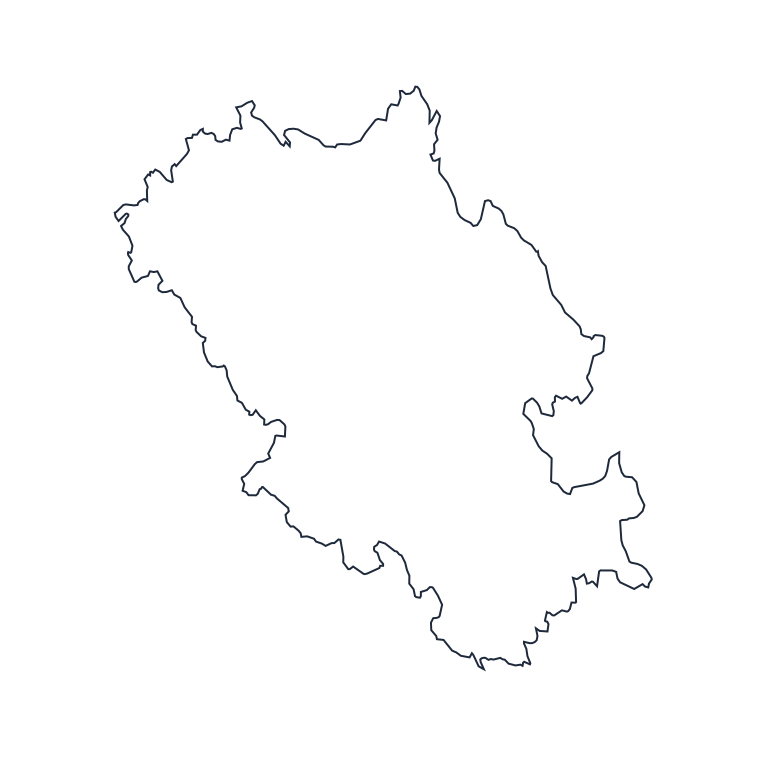 SVG path tracing the border of Nordrhein-Westfalen, rotated 80°
{"feature_id": "DEU-1572", "entity_name": "Nordrhein-Westfalen", "entity_type": "State", "adm_level": 1, "iso_a3": "DEU", "parent_name": "Germany", "parent_adm1": "", "projection": "natural_earth1", "projection_center": [7.941, 51.424], "detail": "fine", "context": "isolated", "style": "outline", "palette": "slate", "viewbox_px": 768, "rotation_deg": 80, "n_neighbors": 0, "source": "natural_earth", "source_scale": "10m", "svg_char_len": 6151}
<svg xmlns="http://www.w3.org/2000/svg" viewBox="0 0 768 768"><g transform="rotate(80 384 384)"><path d="M237.6,237.0L247.4,236.2L249.5,234.7L253.2,228.7L256.5,226.1L263.6,223.6L266.9,221.3L272.7,214.6L280.1,211.1L280.5,210.0L280.1,209.4L284.5,209.5L291.4,207.2L295.9,204.3L318.8,203.5L325.7,202.3L336.9,195.7L345.0,193.3L353.4,186.4L361.1,181.4L364.4,180.7L369.1,181.0L371.5,178.7L373.9,172.8L375.9,171.7L374.5,169.7L373.2,169.2L372.5,167.3L374.5,160.5L375.7,159.2L377.0,158.9L389.7,162.3L391.2,164.9L393.0,172.9L409.0,180.2L411.4,182.4L413.6,183.0L424.5,179.6L426.3,179.9L432.3,186.2L437.0,192.6L437.5,193.7L436.9,194.2L430.2,195.7L430.8,198.2L433.0,201.8L428.0,206.8L429.5,211.1L425.4,216.6L426.6,218.0L431.0,218.7L431.7,221.0L433.2,221.9L440.4,221.5L444.2,222.7L444.8,224.0L440.3,234.0L433.2,234.9L429.0,236.5L424.2,239.9L423.9,241.1L427.4,248.3L437.6,252.0L445.8,246.1L448.3,245.2L454.4,244.3L460.3,246.1L472.1,242.5L477.1,239.6L481.0,235.5L486.3,231.8L508.6,236.3L509.8,235.6L512.8,230.2L521.1,225.8L523.7,222.7L524.7,219.9L519.1,216.6L518.6,214.6L518.4,195.4L516.6,188.2L515.2,184.9L513.0,182.1L508.2,179.4L497.4,175.4L495.3,172.8L492.0,164.1L502.8,166.2L512.3,165.2L516.3,163.4L517.3,161.9L518.9,155.9L524.3,152.4L535.9,152.2L548.6,148.6L554.1,151.4L558.7,158.0L559.3,161.3L558.9,166.0L559.9,168.2L559.3,173.5L560.0,175.3L579.2,177.4L584.6,176.9L590.4,175.0L601.5,173.1L602.9,171.5L605.3,165.5L607.8,161.7L612.1,158.1L621.3,154.3L623.0,154.3L626.6,157.7L630.2,159.1L628.8,162.1L626.0,164.1L629.3,173.2L620.3,185.9L616.2,187.8L609.3,188.0L607.3,191.5L605.2,203.1L605.9,204.7L620.2,209.3L615.1,212.5L614.6,213.6L615.8,216.7L615.8,218.9L611.4,218.9L606.2,220.1L609.5,227.0L609.5,228.4L607.7,231.6L618.9,230.8L632.1,232.7L632.6,233.4L631.8,237.3L637.8,240.0L639.7,242.1L639.9,243.4L637.8,248.1L641.5,256.6L641.0,258.3L638.0,260.7L637.8,262.4L636.9,263.2L645.0,266.6L645.7,266.3L646.4,264.5L649.0,263.7L656.1,266.0L654.2,273.6L651.0,276.8L658.8,276.6L662.8,278.1L664.3,280.3L664.9,283.0L664.6,285.4L662.2,290.9L663.9,291.2L669.5,289.8L676.9,290.0L684.4,288.4L685.4,289.0L681.9,294.2L682.6,295.4L685.6,296.5L684.1,298.4L684.0,303.4L681.0,309.9L676.5,312.9L675.6,315.2L673.9,317.0L674.4,324.1L673.4,326.5L673.8,329.0L671.3,331.7L670.9,333.6L671.1,335.5L672.0,337.0L674.5,337.1L682.2,335.2L678.5,339.8L666.6,343.0L664.4,344.2L668.1,347.2L665.0,355.5L660.9,359.4L658.4,363.2L646.4,369.8L644.5,376.2L641.3,376.3L634.7,380.2L627.2,379.2L623.2,376.2L623.5,372.7L623.1,370.6L622.1,369.5L611.5,365.1L602.0,367.6L593.3,371.1L592.4,372.1L592.0,374.1L594.4,377.6L595.2,383.8L599.2,384.5L600.7,385.7L599.5,389.2L598.3,390.3L591.3,390.5L585.0,393.8L577.2,392.3L571.1,393.7L563.6,394.2L555.9,396.5L554.5,398.6L551.3,400.4L550.4,402.4L541.3,410.6L538.3,416.2L541.4,418.9L542.6,421.9L545.2,422.6L547.0,422.2L549.0,419.8L556.7,418.6L561.1,416.1L562.9,416.5L562.4,419.4L564.4,420.5L567.7,433.2L567.9,435.9L567.5,437.0L558.4,446.1L560.3,449.7L560.2,451.3L552.6,455.1L547.0,454.0L529.9,454.0L529.2,455.8L532.0,460.5L531.6,463.3L533.3,469.6L530.4,472.9L527.4,478.3L524.2,479.8L520.7,486.1L520.2,491.9L516.4,492.0L513.6,493.6L508.5,497.9L508.2,500.8L503.1,503.7L495.7,503.7L492.9,499.9L489.5,499.9L478.3,509.2L475.1,511.1L473.4,514.5L464.4,521.2L464.4,522.2L465.8,523.2L466.0,524.7L470.1,527.3L471.4,529.4L470.0,536.7L466.6,538.4L464.6,541.8L458.1,539.0L452.9,540.6L451.5,540.3L450.5,536.8L447.7,532.8L440.6,525.3L438.9,522.6L439.3,516.3L437.0,509.0L432.4,510.1L422.8,502.6L416.2,500.0L416.1,498.7L418.5,490.7L408.8,488.5L406.6,489.0L401.4,493.1L400.8,495.5L401.7,501.8L403.5,505.2L403.7,507.5L403.1,509.1L398.1,508.0L393.9,511.7L387.6,514.8L391.5,518.7L391.5,520.9L390.7,522.1L387.9,521.4L385.3,524.6L377.9,527.2L374.8,531.2L370.2,530.9L363.6,533.9L349.5,537.1L343.2,536.6L339.1,537.6L338.0,538.6L338.7,539.7L338.5,545.2L337.1,547.5L336.8,550.3L331.3,553.7L321.6,555.8L312.1,555.3L310.4,552.6L307.6,551.8L305.3,555.8L300.1,559.6L298.2,560.1L293.9,559.0L291.8,562.2L289.8,562.8L284.5,561.4L273.9,567.0L263.9,569.6L259.5,575.0L254.8,576.7L255.6,582.1L255.1,586.4L252.7,589.5L250.4,589.8L247.1,588.8L243.9,584.3L233.7,587.6L233.8,591.2L232.4,594.9L236.6,597.7L237.2,604.3L240.2,609.4L240.5,610.7L239.9,612.1L226.5,615.4L223.7,614.9L218.6,610.9L212.6,613.5L210.8,613.5L209.7,613.0L210.8,610.9L210.4,610.1L204.2,607.7L194.5,609.6L186.6,614.4L182.7,615.5L180.5,611.6L176.7,609.6L174.1,606.6L172.6,606.4L171.5,607.7L171.6,608.8L177.4,617.1L172.7,619.3L168.5,619.4L168.3,618.0L162.5,609.7L162.3,607.1L164.7,599.2L164.9,595.6L163.1,594.7L161.6,592.8L160.3,588.6L160.7,586.9L162.6,585.4L152.3,583.9L148.9,582.5L140.8,584.3L136.7,579.9L138.0,578.1L134.7,577.5L134.5,576.5L135.8,574.9L133.1,572.0L136.2,568.0L145.3,562.6L148.4,558.1L148.0,556.8L136.5,556.5L133.0,555.1L131.1,552.0L133.3,550.8L123.2,538.1L120.0,535.5L108.3,536.6L107.7,534.8L108.3,530.4L105.3,528.9L106.0,524.9L102.0,520.8L101.3,518.1L103.9,518.6L106.3,516.8L107.2,514.2L106.7,510.4L108.2,508.3L110.5,507.2L114.3,507.5L116.2,505.6L117.3,501.7L115.9,497.3L117.5,493.9L112.0,492.3L106.8,489.2L106.2,484.4L107.9,480.8L107.6,479.7L101.5,480.3L94.8,478.8L85.9,481.5L85.8,476.1L83.3,469.9L82.4,464.9L87.1,462.9L89.4,463.9L93.6,467.7L96.7,467.4L98.7,465.6L102.0,460.1L104.3,458.0L119.9,448.3L129.4,444.1L131.9,441.4L128.4,438.8L133.6,435.6L129.8,434.6L121.4,439.2L117.5,437.4L116.4,433.5L116.9,428.7L118.4,424.4L123.6,418.6L132.3,405.9L138.4,402.1L140.0,400.3L141.5,392.9L142.5,391.0L140.0,388.6L140.2,384.7L142.2,375.9L140.3,365.0L133.6,358.8L122.6,346.6L121.9,344.0L124.8,336.1L113.6,332.2L109.8,328.3L112.1,322.2L110.4,320.9L104.8,317.9L98.3,317.5L98.5,315.2L102.2,312.2L102.6,307.9L100.4,303.8L96.6,301.5L97.2,299.6L100.0,298.0L106.8,297.1L115.9,292.9L122.7,291.5L134.7,293.9L132.5,291.1L124.3,284.7L129.9,282.3L135.3,284.3L140.6,287.7L146.2,289.6L152.8,288.8L156.6,293.1L163.0,293.8L165.6,295.1L166.1,298.4L172.4,297.0L173.1,294.9L171.8,290.1L182.4,292.6L185.8,292.6L196.8,286.6L213.4,282.1L228.2,281.7L232.7,279.8L236.6,276.1L240.4,270.7L243.9,268.6L243.7,264.6L238.5,260.0L221.4,252.8L221.1,249.6L222.3,247.3L227.5,245.9L231.1,240.6L234.0,238.3L237.6,237.0Z" fill="none" stroke="#1e293b" stroke-width="2"/></g></svg>